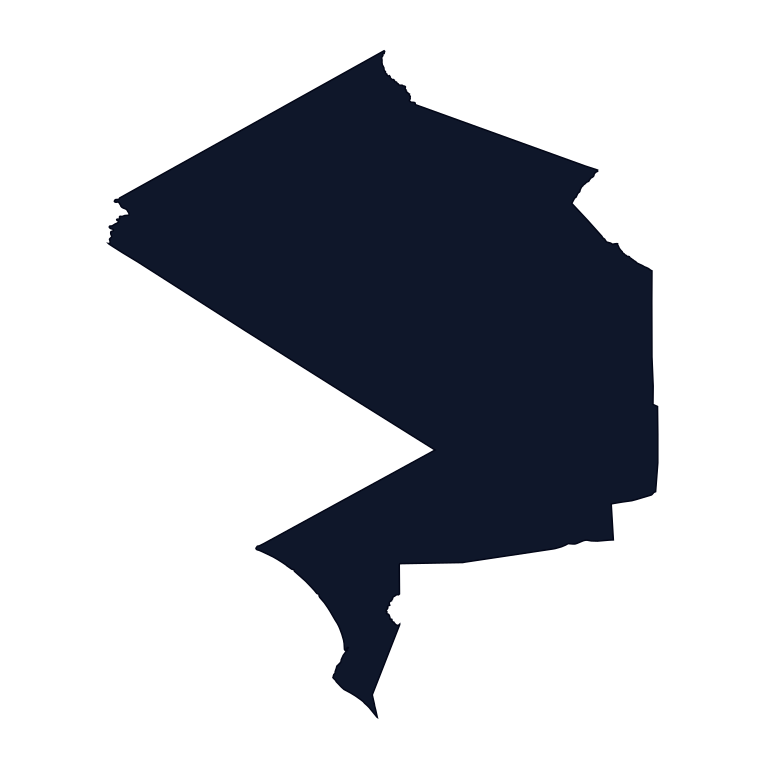 Garsen, Coast, Kenya, rotated 89°
{"feature_id": "3690345B81879504162306", "entity_name": "Garsen", "entity_type": "district", "adm_level": 2, "iso_a3": "KEN", "parent_name": "Kenya", "parent_adm1": "Coast", "projection": "equal_earth", "projection_center": [39.873, -2.426], "detail": "fine", "context": "isolated", "style": "filled", "palette": "ink", "viewbox_px": 768, "rotation_deg": 89, "n_neighbors": 0, "source": "geoboundaries", "source_scale": "gbopen_adm2", "svg_char_len": 6067}
<svg xmlns="http://www.w3.org/2000/svg" viewBox="0 0 768 768"><g transform="rotate(89 384 384)"><path d="M173.8,166.7L169.3,179.7L105.3,347.6L105.0,347.9L103.8,347.9L103.5,348.1L103.2,348.3L102.9,349.4L102.8,351.1L102.7,352.0L102.3,352.6L101.2,353.6L100.3,353.6L99.8,353.1L99.5,352.9L98.9,352.8L97.8,352.9L97.0,352.7L96.4,353.0L95.8,353.6L95.4,353.5L94.8,353.8L94.5,353.6L94.2,354.2L93.2,355.2L93.1,355.7L92.7,356.4L92.3,356.4L91.7,356.2L91.5,356.4L91.2,357.0L90.6,357.1L90.3,356.9L90.0,357.2L89.5,357.5L89.2,357.8L87.5,357.4L87.2,357.4L86.9,357.6L86.4,358.7L86.3,359.6L86.1,360.1L85.7,360.3L85.6,360.8L85.5,361.3L85.6,361.9L85.4,363.6L84.6,364.3L84.1,364.6L83.8,365.2L83.3,365.9L83.0,365.9L82.4,366.2L82.1,367.1L82.1,367.6L82.0,367.9L81.6,367.9L81.1,368.3L80.5,368.3L80.3,368.7L79.8,369.1L79.7,369.4L79.7,369.9L79.8,370.3L79.8,370.8L79.1,371.2L79.0,371.6L78.7,371.8L77.7,372.4L76.9,372.5L75.8,373.2L76.2,374.0L76.1,374.6L75.5,375.0L74.9,375.9L74.5,375.8L74.2,375.8L73.8,376.5L73.3,376.9L72.2,377.3L72.0,377.1L71.7,377.1L70.7,378.1L70.1,378.4L67.8,378.6L66.1,379.4L64.9,380.1L62.6,380.4L59.9,380.3L58.4,380.6L57.0,380.4L56.7,380.2L56.4,379.8L55.2,379.3L54.4,379.8L54.1,379.8L53.9,379.5L53.7,378.5L53.6,378.1L53.3,378.0L52.5,377.9L51.6,377.5L51.3,377.6L50.8,378.1L193.4,645.1L194.3,645.5L194.6,645.9L194.8,646.7L194.9,649.0L195.1,649.5L195.4,649.8L196.2,650.3L196.8,650.4L197.0,650.2L197.3,649.9L197.5,649.5L197.6,648.5L197.4,647.0L197.5,646.6L197.8,646.0L198.6,645.5L200.6,644.3L201.7,643.9L202.7,643.0L202.9,642.7L203.5,641.7L204.4,639.4L205.1,638.3L205.6,637.9L207.1,637.1L208.3,636.3L209.2,636.0L210.0,635.9L210.4,636.0L210.6,636.2L210.8,636.5L211.0,640.2L211.9,642.8L211.9,643.3L211.7,644.7L211.8,645.2L212.2,645.5L212.5,645.6L214.1,645.3L214.3,645.6L214.4,645.9L214.5,647.6L214.6,648.0L214.8,648.4L215.5,648.3L215.7,648.0L216.4,647.1L217.0,646.6L217.5,646.6L217.8,646.9L218.6,648.3L219.3,650.0L221.1,653.0L221.2,653.5L221.3,655.4L221.6,655.7L221.9,655.9L222.3,655.9L222.6,655.9L223.1,655.5L223.6,654.9L223.9,654.4L224.6,652.2L225.0,651.9L225.4,651.9L226.0,652.2L226.3,652.4L226.7,653.9L226.9,654.3L227.5,654.6L229.2,654.6L231.2,653.8L231.9,653.7L232.6,654.1L233.6,655.3L234.4,655.9L234.8,655.9L236.1,655.5L236.9,655.4L238.0,655.5L238.5,655.7L238.7,655.8L238.9,656.1L238.7,657.1L239.2,656.6L241.6,653.1L248.2,643.1L257.7,628.0L329.0,520.7L397.3,416.5L450.9,334.1L541.5,507.0L543.7,511.6L543.8,512.8L544.0,513.5L545.8,514.8L546.4,514.9L546.7,514.7L547.4,514.0L547.6,513.6L548.0,512.1L548.3,511.3L549.7,508.3L554.9,497.9L557.6,493.4L560.5,489.0L563.3,485.0L563.8,484.6L567.4,479.7L567.7,479.0L568.0,477.5L568.4,477.2L569.7,476.8L578.2,467.5L579.8,465.8L585.7,460.3L589.2,457.2L591.4,455.5L592.2,454.8L592.5,454.3L592.9,453.1L593.4,452.5L593.7,452.4L594.3,452.7L594.8,452.6L596.2,452.0L601.6,447.5L606.7,444.1L610.3,441.9L618.9,437.1L622.5,434.9L625.5,433.4L628.0,432.4L633.4,430.5L639.3,428.9L642.7,428.4L648.6,428.2L649.2,427.9L649.5,427.6L649.4,427.2L647.0,425.4L646.7,425.0L646.7,424.5L647.0,424.2L649.4,425.8L649.7,425.7L649.9,425.5L650.0,426.1L650.2,426.4L651.8,427.4L654.8,429.7L655.6,429.8L656.2,430.3L659.0,431.6L660.9,431.8L661.8,432.7L662.5,432.9L662.7,433.1L663.3,434.1L664.0,434.6L664.8,435.7L665.7,436.2L667.3,436.6L670.6,437.8L672.3,438.0L672.9,438.5L673.3,439.0L673.7,439.3L674.1,439.3L674.8,439.7L675.6,439.7L676.2,440.1L676.4,440.2L676.8,440.1L678.7,438.4L679.6,437.4L680.6,437.1L681.8,436.0L686.4,431.8L687.4,430.7L688.7,429.3L689.6,427.7L692.2,423.0L695.3,418.1L699.1,412.9L701.2,410.3L702.9,408.9L703.7,408.0L705.3,406.3L707.2,404.5L716.9,396.9L717.2,396.5L709.8,398.0L705.6,399.0L704.0,399.2L695.3,401.0L694.9,401.1L694.2,401.0L624.9,372.5L624.4,372.5L625.4,373.6L625.5,373.9L625.6,374.3L625.4,375.4L624.6,376.7L623.4,377.6L622.8,378.2L622.5,378.2L622.2,378.4L622.3,378.9L621.4,380.0L619.6,380.2L619.3,380.4L619.4,381.9L619.1,382.1L618.9,381.9L618.0,382.1L617.1,382.3L615.1,382.9L614.2,383.8L614.0,384.3L613.7,385.3L613.4,385.6L613.1,385.5L612.8,385.2L612.4,385.2L612.0,385.0L611.5,385.1L611.2,385.9L610.8,386.0L610.1,385.7L609.2,384.8L608.0,384.1L607.4,384.1L607.2,384.4L606.5,384.3L606.1,383.9L605.7,383.1L605.3,382.1L604.1,382.5L603.2,382.6L602.0,382.3L601.2,381.1L600.8,380.2L600.5,380.2L599.8,379.9L599.0,379.2L598.7,379.1L598.4,379.2L597.6,379.0L597.4,378.7L596.9,378.3L596.3,377.1L595.0,375.2L594.8,374.8L595.0,373.6L595.0,373.1L594.2,372.2L565.0,371.9L563.9,371.4L563.9,308.3L563.5,306.1L563.1,303.0L551.8,217.4L551.5,215.7L550.6,212.2L549.8,209.3L548.2,205.3L546.8,202.7L547.2,198.6L547.3,197.1L547.3,195.9L547.0,194.8L546.7,193.8L544.3,187.8L543.8,185.9L543.7,184.8L543.7,183.6L544.5,179.5L544.6,177.4L544.8,173.3L544.0,161.5L543.9,157.4L507.9,158.9L507.5,156.8L506.2,148.1L505.0,138.2L503.9,133.8L499.6,118.6L499.2,118.0L497.0,116.0L496.4,114.3L467.7,111.6L439.3,111.1L411.3,110.9L409.1,115.4L390.8,114.9L361.6,115.6L306.3,114.8L275.5,114.1L275.1,115.0L274.5,115.9L273.2,117.5L272.0,119.9L271.6,121.0L271.1,122.0L270.4,123.0L267.6,128.7L266.8,129.6L266.0,130.3L265.3,131.6L264.0,133.1L263.4,134.1L262.9,134.6L262.3,135.6L262.0,135.9L261.0,136.5L260.7,137.5L260.6,138.7L260.4,139.2L260.2,139.4L259.9,139.4L259.6,139.7L259.1,140.8L258.0,141.7L257.1,143.0L256.5,143.4L255.9,143.5L254.7,144.7L252.4,146.4L250.4,147.2L248.8,148.0L248.2,148.0L247.8,148.0L247.7,149.0L248.0,151.9L248.2,152.2L248.4,152.3L248.6,152.6L248.4,153.1L247.9,153.5L247.0,155.1L246.7,156.1L246.5,157.2L246.2,157.6L246.1,158.5L245.8,159.1L245.3,159.6L244.8,159.7L244.2,160.2L243.2,160.7L242.3,161.8L241.7,162.7L240.9,163.2L240.2,163.5L224.1,177.4L206.7,193.1L201.5,190.2L200.5,188.7L197.2,187.1L196.7,186.7L196.1,186.2L195.8,185.8L195.6,185.4L195.3,185.1L194.2,184.6L193.4,184.6L192.9,184.3L191.1,183.4L190.1,182.7L189.7,182.3L189.3,181.7L188.9,181.6L188.4,181.1L187.2,179.4L185.8,178.0L185.1,176.3L184.9,175.9L184.5,175.5L183.6,175.1L182.0,173.8L181.5,173.3L181.1,172.4L180.3,171.2L179.5,170.6L179.1,170.5L177.8,170.2L177.1,169.7L176.3,168.9L175.6,168.0L175.1,166.7L174.9,166.7L174.1,166.8L173.8,166.7Z" fill="#0f172a" stroke="#020617" stroke-width="1.5"/></g></svg>